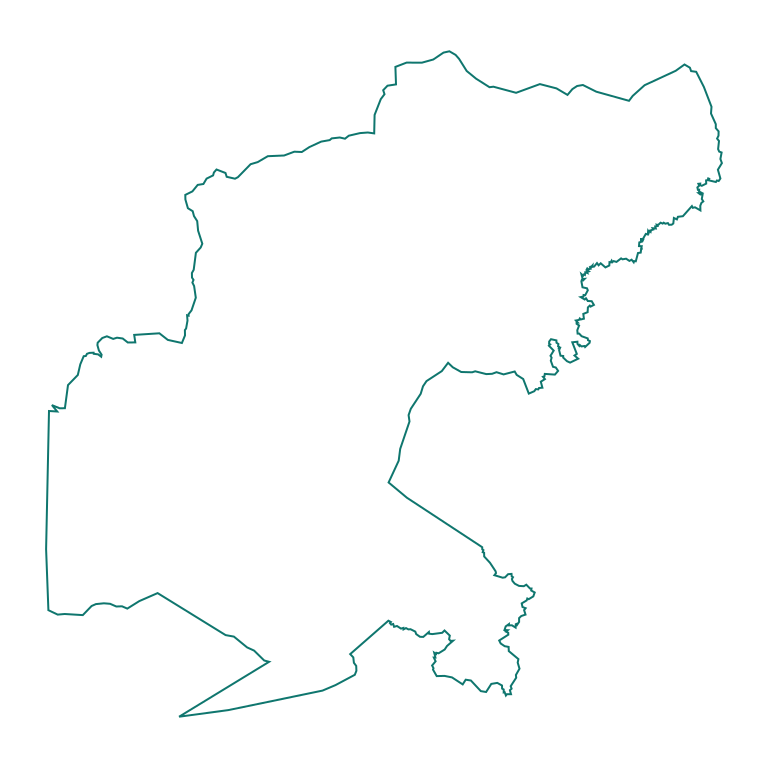 Sunyani Municipal, Brong Ahafo, Ghana (orthographic projection)
{"feature_id": "2480657B55840347650819", "entity_name": "Sunyani Municipal", "entity_type": "district", "adm_level": 2, "iso_a3": "GHA", "parent_name": "Ghana", "parent_adm1": "Brong Ahafo", "projection": "orthographic", "projection_center": [-2.299, 7.228], "detail": "fine", "context": "isolated", "style": "outline", "palette": "teal", "viewbox_px": 768, "rotation_deg": 0, "n_neighbors": 0, "source": "geoboundaries", "source_scale": "gbopen_adm2", "svg_char_len": 6069}
<svg xmlns="http://www.w3.org/2000/svg" viewBox="0 0 768 768"><path d="M720.4,178.5L717.9,169.7L721.9,163.1L720.4,159.0L721.6,152.5L719.2,151.6L718.1,149.1L719.0,141.0L717.1,138.6L718.5,135.7L718.6,131.4L715.8,128.1L715.8,124.2L711.0,113.5L711.5,106.8L703.9,87.0L696.2,71.8L691.1,71.1L689.9,67.7L684.5,64.5L675.7,70.8L644.6,85.2L632.7,95.9L629.0,100.8L596.3,91.7L582.9,85.0L577.1,86.0L572.4,89.1L567.5,94.9L556.5,88.4L539.9,84.1L516.1,92.8L493.4,86.7L489.5,87.2L476.1,78.7L466.7,71.0L459.1,58.9L455.6,54.9L449.4,51.3L443.5,52.6L433.3,59.5L421.8,62.7L406.6,62.6L395.4,66.9L396.0,84.4L387.5,85.7L383.2,90.2L384.5,94.2L380.8,99.1L374.6,114.9L374.2,133.4L367.8,132.5L360.0,133.1L348.8,135.7L345.0,138.7L339.8,137.5L331.7,138.4L329.7,140.1L321.2,141.6L309.5,147.0L301.8,152.0L294.3,151.7L284.1,155.5L267.8,156.2L257.7,162.1L250.6,164.2L237.9,177.2L235.0,178.7L226.7,176.8L225.5,173.0L216.5,169.5L213.9,172.5L213.1,175.4L206.6,178.6L203.4,184.0L197.7,184.9L192.4,191.4L185.3,194.9L185.4,199.5L187.9,208.2L192.7,211.2L194.0,216.1L197.2,221.1L198.1,230.7L202.3,243.7L200.7,247.5L195.9,252.8L193.7,269.8L191.9,273.0L192.0,277.6L193.5,279.9L192.4,282.6L194.1,286.0L195.8,297.7L191.5,310.4L188.6,314.1L188.6,315.7L187.1,315.3L187.5,320.6L186.1,328.5L184.9,330.1L185.0,335.4L181.9,343.0L167.8,339.9L159.4,333.3L134.2,334.9L135.3,342.4L127.8,342.5L122.7,338.5L117.0,337.7L113.2,338.9L106.9,336.3L102.3,338.0L97.7,342.7L97.4,345.1L98.9,350.5L101.6,354.7L101.2,356.7L98.2,354.4L93.7,353.8L93.6,352.7L89.5,352.9L87.0,353.8L85.8,356.0L83.7,356.2L80.3,364.3L77.8,375.0L68.0,385.1L64.9,408.2L59.7,408.3L51.9,405.1L57.2,411.5L49.0,411.0L46.1,549.2L48.4,610.2L57.7,614.6L64.7,614.0L82.8,615.1L91.6,606.0L95.9,604.1L103.9,603.3L110.1,603.8L116.3,606.5L122.0,606.3L127.3,608.6L139.3,601.1L157.6,593.1L225.6,635.1L233.9,636.6L247.1,647.4L254.1,650.6L264.2,660.5L269.1,661.8L179.1,716.7L228.3,710.1L322.5,690.6L335.5,685.1L354.8,674.8L356.4,670.8L356.2,665.9L353.9,662.8L353.3,657.4L350.2,654.1L388.4,620.7L390.9,622.0L389.9,623.1L391.2,624.6L393.2,624.0L394.1,626.8L397.0,626.0L401.0,628.6L403.4,627.9L403.5,629.4L406.0,628.1L408.4,629.4L410.5,629.2L415.3,631.6L416.2,634.1L420.0,636.8L423.3,636.9L428.9,632.0L429.1,633.7L432.3,634.1L442.2,632.8L444.5,630.5L449.8,635.6L449.1,639.2L450.5,640.9L453.1,640.7L447.0,646.0L444.7,649.5L438.6,653.3L436.4,652.8L436.1,654.0L434.2,652.7L435.4,657.5L433.8,657.5L435.6,661.3L432.1,665.5L433.5,668.2L433.0,669.6L436.7,676.1L444.5,675.9L452.0,677.4L462.7,684.4L465.7,679.7L470.9,680.5L480.8,691.1L486.1,692.0L491.3,683.9L497.3,682.9L502.0,685.5L502.1,688.6L503.7,689.5L503.7,692.4L504.6,692.1L505.9,695.5L506.9,694.2L511.0,694.2L509.9,690.2L511.6,688.7L510.7,686.2L516.2,677.7L515.9,675.0L519.5,668.7L517.7,662.6L518.4,659.1L508.8,651.1L508.6,646.9L504.7,646.2L500.7,643.5L499.2,640.5L508.3,634.7L508.2,632.7L505.9,631.6L507.7,630.2L504.5,630.0L505.7,626.4L508.9,624.1L508.8,625.4L511.9,625.3L515.6,627.6L515.8,624.2L516.8,623.8L517.2,624.7L519.1,621.9L519.1,618.1L521.3,616.0L525.5,614.6L524.1,610.1L525.6,608.2L522.5,607.0L521.7,603.4L526.7,600.4L527.3,598.5L528.7,599.2L533.3,596.4L534.7,592.5L531.2,590.5L531.5,588.5L530.0,588.5L526.3,584.7L523.8,586.2L519.0,585.9L514.8,583.7L512.5,581.0L511.9,579.0L513.0,577.2L511.7,576.3L511.5,573.9L508.1,574.2L505.1,577.3L502.7,577.7L494.4,575.2L496.0,573.1L495.6,571.3L490.0,562.8L484.2,556.5L484.1,552.7L482.7,552.2L483.4,550.1L482.3,549.4L482.2,547.2L407.0,497.8L388.6,482.5L398.7,460.7L400.2,448.9L409.5,421.5L408.6,415.1L410.8,408.8L420.7,393.8L423.0,386.3L426.5,381.1L441.8,371.1L448.1,362.8L452.8,367.3L461.2,372.0L472.1,372.3L475.2,371.3L486.3,374.1L492.1,373.8L496.5,372.2L503.6,374.4L514.7,371.5L516.7,374.9L523.2,379.0L528.8,393.6L534.3,391.2L535.8,389.1L538.3,389.4L539.0,388.0L542.4,387.7L540.8,381.7L544.9,379.1L543.0,376.8L544.4,376.4L544.8,373.9L554.9,374.6L558.1,370.9L555.8,367.5L553.0,366.8L550.8,360.7L551.6,357.7L550.5,355.8L553.7,350.6L548.9,345.7L550.2,344.4L549.1,343.8L549.2,341.5L551.0,339.2L556.4,340.4L556.5,342.7L558.4,344.0L558.1,346.4L559.3,347.0L558.9,348.1L560.0,348.0L559.1,350.1L560.5,355.7L563.2,356.0L563.2,357.6L567.0,361.2L570.1,362.6L578.2,358.7L574.5,355.5L576.8,353.9L572.3,342.3L577.4,341.7L577.5,343.9L579.3,345.9L579.8,345.0L581.4,346.4L584.6,346.0L585.1,347.0L589.6,342.8L589.9,341.1L588.0,340.2L587.7,338.4L581.6,336.2L579.2,333.6L577.6,333.6L577.3,330.2L579.1,325.5L576.6,323.8L576.6,322.7L577.8,322.6L575.9,320.5L579.0,319.9L579.8,318.5L580.7,319.5L583.9,318.7L583.3,313.9L587.6,312.2L587.9,307.4L589.8,305.6L590.6,306.6L593.9,304.9L591.7,301.2L587.8,301.0L586.0,298.3L584.7,299.5L580.7,297.1L583.5,296.5L583.6,295.0L585.2,295.2L587.8,290.3L587.0,288.3L582.5,287.3L581.4,281.4L581.8,280.0L583.0,280.5L584.6,278.9L582.7,279.1L581.4,274.1L583.2,275.6L584.0,274.4L584.9,274.9L585.3,272.3L587.3,273.0L586.3,271.0L587.2,272.0L588.8,271.4L586.5,269.9L587.3,268.4L588.5,269.3L590.7,268.7L589.6,266.3L590.8,267.3L592.4,265.5L592.2,266.9L594.1,266.6L597.0,263.1L598.6,265.3L600.7,263.3L605.4,267.4L609.3,265.5L609.5,262.1L610.7,262.3L611.6,260.7L612.3,262.2L613.6,261.1L616.5,261.9L621.1,258.4L622.5,259.3L626.1,258.7L629.4,260.9L631.6,259.7L633.7,262.3L634.1,261.1L635.8,261.3L638.0,253.0L640.7,252.6L641.2,249.0L642.5,248.6L641.2,248.4L641.7,246.2L639.0,246.1L639.3,242.4L642.3,241.5L643.0,240.0L641.0,240.3L641.0,239.0L642.9,239.0L645.8,233.9L647.8,234.5L648.1,231.3L648.8,232.6L649.4,230.9L650.6,231.9L650.9,230.3L653.3,229.5L652.6,228.2L655.8,228.5L655.2,226.4L657.5,226.0L656.8,224.7L658.2,224.9L660.6,222.7L662.7,223.6L663.7,222.7L665.3,223.7L667.9,223.1L669.0,224.8L671.7,224.7L673.3,223.5L673.9,218.0L676.9,219.4L677.9,216.8L682.9,216.2L691.9,206.1L692.8,207.8L695.0,207.3L700.4,210.4L700.3,205.7L701.4,202.9L703.3,201.4L701.8,199.0L702.6,194.4L700.4,194.5L698.5,193.0L701.2,192.6L699.1,191.5L699.2,189.7L697.9,189.8L697.4,187.4L699.2,185.7L698.4,183.8L700.2,183.6L700.0,185.1L701.8,185.8L706.2,183.6L706.1,180.4L707.7,180.1L708.2,178.4L709.2,178.8L708.6,180.3L715.9,182.0L716.9,180.5L718.7,181.0L720.4,178.5Z" fill="none" stroke="#0f766e" stroke-width="2"/></svg>